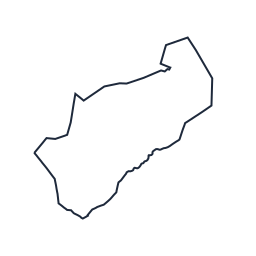 Xan-Uul, Ulaanbaatar, Mongolia (Natural Earth projection), rotated 150°
{"feature_id": "93677404B94490169269592", "entity_name": "Xan-Uul", "entity_type": "district", "adm_level": 2, "iso_a3": "MNG", "parent_name": "Mongolia", "parent_adm1": "Ulaanbaatar", "projection": "natural_earth1", "projection_center": [106.789, 47.807], "detail": "fine", "context": "isolated", "style": "outline", "palette": "slate", "viewbox_px": 256, "rotation_deg": 150, "n_neighbors": 0, "source": "geoboundaries", "source_scale": "gbopen_adm2", "svg_char_len": 2396}
<svg xmlns="http://www.w3.org/2000/svg" viewBox="0 0 256 256"><g transform="rotate(150 128 128)"><path d="M112.7,170.8L112.9,170.9L127.7,175.8L127.9,175.8L152.7,173.9L153.7,176.7L154.0,177.5L156.5,183.9L162.9,176.2L163.3,175.7L170.9,166.3L174.9,161.4L184.1,152.5L184.4,152.6L186.4,152.9L196.5,154.9L196.6,155.0L197.6,155.7L200.4,157.7L203.2,159.7L203.6,160.0L205.8,159.2L209.1,157.9L221.3,153.4L221.5,153.7L221.4,152.5L221.3,151.7L221.0,150.2L220.6,147.3L220.4,146.0L219.8,142.3L219.7,141.1L219.0,136.9L218.5,133.6L218.4,132.6L218.2,131.0L217.8,127.5L217.3,123.4L216.9,120.6L217.4,119.2L218.1,117.1L219.1,114.1L220.3,111.0L221.7,107.0L221.9,106.3L222.4,105.2L223.6,102.4L224.2,101.1L225.6,97.8L225.8,97.4L225.2,96.1L224.2,93.7L223.2,91.0L222.4,89.3L221.7,87.5L219.4,85.9L218.4,85.2L218.2,84.1L217.8,82.4L217.6,81.4L217.2,80.7L215.9,78.8L215.2,77.8L214.8,77.1L213.7,75.2L213.5,74.5L213.3,73.6L213.2,73.4L212.8,72.8L212.5,72.4L212.4,72.2L209.1,72.1L207.4,72.1L206.6,72.1L206.6,72.7L204.8,73.4L201.6,74.6L199.7,75.3L197.1,75.0L194.9,74.9L194.3,75.0L192.6,74.7L190.7,74.4L190.1,74.3L187.4,73.7L185.0,74.1L181.8,74.7L179.1,75.3L177.8,75.7L174.1,77.0L173.2,77.3L171.0,77.9L170.2,78.2L169.3,79.3L168.7,80.0L165.6,83.4L163.7,85.4L163.3,85.7L161.3,86.0L160.5,86.1L160.2,86.2L158.3,87.0L154.8,88.5L152.5,89.4L151.3,90.3L150.6,90.3L150.0,90.3L149.1,90.3L147.6,89.3L146.3,89.0L145.8,88.9L145.0,88.9L144.5,89.0L143.5,89.9L142.8,90.2L142.1,90.2L141.3,89.5L140.7,88.9L139.9,88.4L138.9,88.3L137.5,88.6L135.9,89.3L134.5,90.2L133.9,90.3L133.3,90.2L132.5,89.9L132.0,90.0L131.3,90.4L130.4,90.8L128.9,90.4L127.9,90.4L127.0,90.6L126.6,91.0L125.9,91.2L125.3,91.8L124.6,92.8L123.9,93.9L123.4,94.0L123.0,93.5L122.0,93.2L121.2,92.9L120.0,93.2L119.6,93.5L119.0,94.6L118.5,95.1L117.6,95.4L116.5,95.5L114.4,95.7L113.3,95.2L112.4,94.4L111.7,93.5L110.6,93.0L109.3,92.9L108.2,92.8L107.0,92.6L105.6,92.0L105.2,91.9L103.1,91.5L100.6,91.5L99.7,91.6L97.7,91.8L94.7,92.0L92.8,92.1L90.4,92.1L89.2,92.3L87.9,93.4L83.9,97.0L81.3,99.3L77.4,102.5L76.1,103.7L73.7,103.8L64.9,104.3L55.9,104.8L50.7,105.2L44.5,105.7L30.2,128.9L30.3,161.6L31.1,176.5L53.6,180.8L56.1,178.5L67.6,167.4L67.5,167.2L67.3,167.0L63.4,162.0L61.4,159.4L61.2,159.2L62.6,158.3L63.1,158.0L64.4,159.3L65.5,159.1L66.0,159.0L66.8,158.8L67.9,158.6L69.5,160.2L70.6,161.3L78.7,162.3L89.3,163.6L107.0,167.2L112.7,170.8Z" fill="none" stroke="#1e293b" stroke-width="2"/></g></svg>